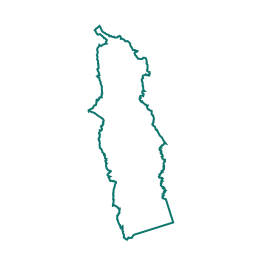 the district of Belén, Catamarca, Argentina, rotated 342°
{"feature_id": "61730980B98918352953876", "entity_name": "Belén", "entity_type": "district", "adm_level": 2, "iso_a3": "ARG", "parent_name": "Argentina", "parent_adm1": "Catamarca", "projection": "robinson", "projection_center": [-66.858, -26.985], "detail": "fine", "context": "isolated", "style": "outline", "palette": "teal", "viewbox_px": 256, "rotation_deg": 342, "n_neighbors": 0, "source": "geoboundaries", "source_scale": "gbopen_adm2", "svg_char_len": 5847}
<svg xmlns="http://www.w3.org/2000/svg" viewBox="0 0 256 256"><g transform="rotate(342 128 128)"><path d="M166.6,67.3L165.6,66.4L164.2,65.9L163.3,66.6L161.8,66.5L158.9,65.2L158.9,64.4L158.2,63.3L158.2,62.3L157.4,60.9L157.3,58.9L158.1,58.1L160.0,58.3L161.6,57.3L160.5,57.7L160.1,57.5L159.1,56.7L158.8,56.1L156.7,55.3L156.5,52.7L155.9,51.4L155.8,49.8L156.1,48.6L155.8,47.5L155.0,45.9L154.0,45.0L152.9,45.0L152.1,44.6L151.9,43.3L150.4,41.6L148.7,41.0L149.3,39.6L148.7,37.9L148.1,37.8L147.1,38.2L146.4,38.0L145.8,38.5L145.0,38.4L143.2,37.8L142.9,37.5L142.8,36.8L141.5,36.6L140.7,36.1L140.3,35.2L138.7,35.1L138.4,34.5L138.5,33.6L136.3,32.0L135.3,30.4L134.4,29.6L133.5,28.4L133.2,27.5L132.9,23.7L132.4,22.1L131.2,22.8L129.0,23.4L126.6,24.7L127.1,26.1L127.5,28.8L127.9,29.5L128.4,30.0L130.0,29.9L130.7,30.5L131.1,31.5L132.1,32.6L132.2,33.4L133.0,34.4L132.9,35.2L134.0,35.8L135.1,37.8L134.6,38.6L133.6,39.2L133.4,39.6L133.2,40.3L133.7,41.1L130.2,40.9L127.8,41.8L127.0,41.1L126.5,40.1L125.5,41.5L123.7,42.6L123.4,43.3L122.9,43.6L122.7,45.4L122.8,46.5L120.8,49.4L121.0,50.7L120.6,52.0L119.8,53.0L120.3,55.0L119.6,56.7L119.4,57.4L119.6,57.7L119.3,58.4L119.4,58.9L119.0,59.5L119.1,60.6L118.6,61.3L118.4,62.3L117.2,62.4L116.9,62.9L117.1,64.9L117.3,65.4L117.2,69.1L116.6,69.2L115.6,68.8L114.9,69.2L115.1,69.3L115.0,70.5L116.2,71.5L115.8,74.1L116.2,75.7L116.0,76.7L115.7,76.9L116.0,80.4L115.1,82.8L114.8,84.6L114.3,85.6L114.5,86.3L114.1,87.4L113.3,87.6L113.2,88.9L112.8,89.2L112.5,90.8L110.7,90.1L110.1,90.2L109.6,91.6L108.3,92.3L107.9,91.5L107.1,91.4L106.5,91.9L106.5,93.3L105.9,93.7L105.8,94.2L104.6,96.2L102.9,96.1L101.3,97.4L100.9,98.2L96.1,98.9L95.8,99.4L95.8,99.9L96.1,99.7L100.8,103.4L102.9,106.5L107.1,111.8L107.2,113.0L107.4,113.2L107.1,113.1L107.2,113.7L105.9,114.7L106.1,115.8L105.8,116.0L105.8,116.4L105.2,116.6L105.0,117.4L104.3,117.9L103.9,117.7L103.4,118.1L102.9,118.0L102.7,119.6L103.1,120.3L102.7,121.5L101.8,122.2L100.5,121.4L99.6,123.5L98.8,123.8L98.7,124.4L99.0,124.8L98.8,125.6L99.1,125.8L98.8,126.2L98.8,126.9L98.3,127.3L98.2,128.0L97.6,128.2L97.4,129.0L96.7,129.1L96.5,130.3L97.0,131.1L96.7,131.6L96.5,134.0L95.7,135.1L95.6,136.7L95.0,137.9L95.4,139.0L96.1,139.5L96.4,142.1L96.1,143.2L97.2,144.9L97.1,145.3L97.7,145.8L97.7,146.1L96.9,146.0L96.8,146.4L96.9,146.9L97.3,147.1L97.1,149.4L96.8,149.7L97.7,150.6L97.4,150.7L97.3,151.3L97.5,152.1L97.2,152.3L96.5,152.1L96.2,152.4L96.4,154.1L96.9,155.1L96.3,155.2L95.8,155.7L95.6,157.2L95.2,158.0L95.4,158.8L95.2,159.6L95.9,161.6L97.3,163.0L98.1,163.4L98.3,163.9L98.0,164.2L96.8,164.4L96.4,164.9L95.3,165.0L94.3,165.9L93.9,166.5L94.5,167.6L96.0,168.7L94.5,169.1L94.7,169.4L94.5,170.3L94.7,170.9L94.6,171.6L94.8,172.9L95.8,173.0L96.0,173.3L97.4,173.7L97.4,174.1L98.8,174.5L99.1,175.2L99.8,175.6L99.7,176.3L98.4,177.5L97.1,179.8L96.8,179.9L96.3,181.0L95.7,181.5L94.9,183.0L94.6,184.4L94.1,184.7L93.8,185.9L93.2,186.5L93.4,187.9L92.8,188.6L92.6,189.9L91.8,191.1L92.3,192.0L91.8,192.3L91.4,194.1L89.9,196.3L89.6,197.3L91.4,197.3L92.2,198.7L93.1,199.2L93.2,199.7L93.7,200.4L93.6,200.8L94.2,201.3L94.3,201.8L95.3,202.0L95.1,202.8L94.4,203.2L93.9,205.3L93.3,206.5L92.6,206.4L91.7,207.8L90.7,207.9L90.3,208.8L90.3,209.9L89.8,210.4L89.4,211.7L89.9,212.5L89.6,213.6L89.9,217.0L90.4,217.7L90.1,218.9L90.3,219.8L90.2,220.6L92.4,219.8L91.8,222.3L91.1,222.6L91.1,224.7L91.4,225.0L90.7,226.5L91.1,228.5L91.0,229.3L90.2,230.5L90.5,231.6L91.2,232.1L91.8,233.3L92.5,233.9L94.5,232.4L95.0,233.1L95.7,233.0L97.7,233.7L98.3,232.9L100.6,231.4L141.8,231.8L142.0,207.5L139.3,205.5L139.5,205.1L139.3,204.6L139.6,203.8L140.2,203.8L140.1,203.3L141.2,203.1L141.4,201.9L141.2,201.7L141.5,201.7L141.7,200.8L142.5,200.6L142.3,200.2L142.4,199.9L143.3,200.0L143.4,199.3L143.8,199.5L144.0,199.0L144.4,199.0L143.3,197.2L144.0,197.5L143.9,196.8L143.5,196.4L144.0,195.9L143.3,194.9L142.5,194.5L142.0,193.8L141.6,192.7L141.7,192.3L141.9,192.2L141.9,191.4L142.1,191.0L142.6,190.9L142.5,190.3L143.0,190.1L143.0,189.6L143.5,189.5L143.6,189.1L144.0,189.0L143.9,188.7L144.6,188.9L144.3,187.4L144.5,186.9L145.1,186.7L144.7,186.4L144.9,186.0L144.5,185.6L142.6,185.0L142.3,183.8L143.6,182.7L143.6,182.1L144.0,182.2L144.2,181.7L145.3,181.5L145.8,181.1L145.7,180.8L146.6,180.5L146.6,180.1L146.8,180.2L146.7,179.9L147.0,179.8L146.7,179.6L146.9,179.3L147.9,179.4L148.4,179.2L148.7,178.3L149.5,178.2L150.0,176.8L149.6,176.5L149.7,176.0L150.2,176.3L150.3,176.1L150.2,175.6L150.7,175.3L150.5,173.8L151.0,172.5L152.2,171.2L152.8,171.3L153.1,170.0L153.4,169.7L153.2,169.4L151.9,169.0L151.7,168.0L151.2,167.5L151.4,166.7L151.1,165.9L152.1,165.7L151.9,165.2L152.5,164.6L152.3,163.8L151.3,162.4L151.6,162.0L151.5,161.5L151.9,161.1L152.3,161.4L152.6,160.4L151.3,158.9L151.5,158.2L152.2,158.3L151.8,157.1L153.2,156.1L153.5,156.4L153.5,156.0L154.4,155.7L154.8,155.0L155.5,155.2L156.9,154.6L157.6,153.8L158.2,153.8L159.1,154.4L158.0,151.3L157.3,147.6L155.9,145.0L154.9,138.8L154.5,139.0L153.9,138.1L154.0,135.2L153.8,134.7L152.9,134.0L152.6,133.1L152.7,132.8L152.2,132.3L152.7,131.4L153.7,131.0L153.9,130.0L154.5,129.7L154.6,128.5L155.6,127.2L155.7,125.1L155.5,124.6L155.8,123.7L155.3,123.5L154.7,122.3L155.8,119.1L154.2,118.0L153.7,117.0L153.1,116.9L152.8,116.4L152.4,114.0L153.7,112.7L152.7,112.3L152.4,111.5L151.7,111.3L150.7,109.4L149.2,107.7L149.6,107.7L149.9,107.2L149.7,106.8L148.7,106.8L148.6,106.2L148.1,105.6L148.2,105.0L147.9,104.1L149.3,103.4L148.7,102.8L148.7,102.4L149.7,101.3L151.8,101.7L152.4,102.3L153.4,100.6L152.4,99.2L152.9,97.6L155.1,98.0L154.3,96.7L155.3,92.8L154.9,92.4L156.0,89.4L155.6,87.9L155.9,87.5L155.8,86.7L156.2,85.8L157.8,85.3L157.7,83.6L157.9,83.3L158.8,82.7L160.7,82.8L161.4,82.5L161.4,82.9L162.3,83.8L163.6,83.5L164.2,84.7L164.6,84.5L164.6,84.0L165.5,83.1L165.8,81.5L165.1,81.3L163.8,79.4L164.1,78.5L164.8,77.9L166.1,74.0L165.6,73.1L165.6,71.9L166.3,71.4L166.6,67.3Z" fill="none" stroke="#0f766e" stroke-width="2"/></g></svg>